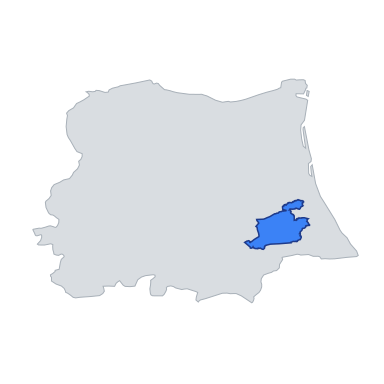 Nawa, Bas-Sassandra, Ivory Coast shown in context, rotated 266°
{"feature_id": "98640826B56207519899242", "entity_name": "Nawa", "entity_type": "district", "adm_level": 2, "iso_a3": "CIV", "parent_name": "Ivory Coast", "parent_adm1": "Bas-Sassandra", "projection": "equal_earth", "projection_center": [-6.491, 5.911], "detail": "fine", "context": "in_parent", "style": "filled", "palette": "blue", "viewbox_px": 384, "rotation_deg": 266, "n_neighbors": 0, "source": "geoboundaries", "source_scale": "gbopen_adm2", "svg_char_len": 8784}
<svg xmlns="http://www.w3.org/2000/svg" viewBox="0 0 384 384"><g transform="rotate(266 192 192)"><path d="M100.7,59.0L101.8,58.9L104.7,57.8L107.3,55.2L109.7,49.9L113.0,45.6L116.7,45.9L117.8,45.1L119.2,45.0L120.7,47.8L122.3,49.9L123.4,50.0L124.2,54.1L131.0,55.8L133.9,56.9L136.3,59.9L137.2,59.9L138.2,59.3L139.0,58.3L139.2,57.1L138.1,54.5L138.6,52.1L139.7,49.9L141.4,49.8L144.0,49.2L147.1,49.2L149.3,49.5L150.2,47.4L149.4,41.3L149.6,38.0L149.9,35.2L150.8,34.1L154.1,37.6L157.2,38.9L159.4,39.0L160.0,38.3L159.1,34.4L159.3,33.3L160.1,32.6L161.6,32.2L165.5,30.6L165.9,31.0L166.6,37.0L166.3,39.0L167.1,43.1L168.1,47.0L168.1,48.5L167.2,50.9L166.2,53.1L166.4,54.0L167.9,55.5L170.9,57.0L174.0,57.3L175.7,55.1L177.5,53.3L178.7,51.7L179.2,49.3L181.1,47.5L186.7,45.3L191.9,45.0L193.1,45.7L195.5,49.0L198.4,51.3L202.9,51.0L206.2,52.4L209.0,55.0L210.9,60.7L213.0,64.8L213.9,70.7L217.2,73.8L219.8,75.2L223.2,79.5L226.8,81.6L230.6,81.1L232.3,83.4L235.1,84.9L237.9,85.1L240.3,80.1L243.5,78.2L251.7,74.3L254.9,72.5L258.1,71.4L266.0,71.0L273.3,72.2L276.9,73.1L279.4,72.4L281.8,74.8L284.2,79.7L286.2,81.3L288.3,83.0L289.8,86.8L291.6,90.7L292.6,92.4L294.8,96.2L296.6,96.2L298.5,94.6L299.3,93.4L299.7,95.9L298.9,99.9L299.1,102.4L300.1,103.4L299.6,106.6L297.4,112.1L297.5,115.4L299.6,116.4L301.1,119.9L302.1,125.8L303.0,127.8L303.1,129.0L304.7,143.3L306.7,157.7L305.4,159.6L303.8,160.1L302.7,160.8L302.4,162.1L303.1,164.1L302.6,165.9L300.6,167.2L296.0,171.7L295.7,173.5L294.5,177.4L293.5,179.8L292.1,184.2L289.7,195.9L288.9,205.6L288.8,208.5L287.9,210.6L286.8,213.6L281.9,221.9L279.4,228.7L279.7,231.7L279.9,234.6L279.1,236.7L279.3,242.5L279.9,247.3L280.8,252.0L284.4,265.3L286.3,273.4L287.5,279.9L288.5,284.3L289.4,286.1L289.9,287.8L295.2,289.0L296.2,289.9L297.7,298.4L297.4,302.3L296.4,303.7L296.4,307.0L296.2,311.0L295.4,312.6L292.4,312.8L290.4,314.4L287.8,313.8L287.5,312.8L286.1,312.4L282.1,310.1L282.8,302.7L280.9,302.4L279.5,303.4L276.7,312.2L275.4,313.8L255.7,309.2L251.4,305.5L246.2,304.7L237.3,305.1L229.9,306.2L227.8,308.4L246.4,307.1L248.4,307.4L249.4,308.7L225.8,311.6L216.9,313.4L214.2,312.9L212.2,310.1L202.4,309.7L200.4,310.7L199.2,312.7L203.1,312.3L209.1,312.2L210.8,313.8L191.8,315.9L178.6,319.8L173.1,322.8L154.7,332.5L143.5,337.1L140.6,338.8L135.5,343.5L129.0,346.5L121.6,352.1L117.1,353.4L116.1,351.6L116.0,342.1L115.4,329.5L115.6,324.6L116.2,320.1L116.2,316.3L118.5,314.9L119.1,313.3L119.4,308.4L121.5,303.9L121.5,296.1L122.2,294.5L122.6,292.5L121.7,287.3L120.6,277.7L120.0,277.1L119.5,277.5L118.3,277.7L113.7,274.3L110.2,273.8L107.7,270.9L107.5,267.7L106.3,265.8L105.5,262.0L104.2,257.7L100.7,255.1L97.5,254.5L95.1,255.1L92.4,254.9L89.2,253.5L87.1,251.8L85.0,248.7L83.1,246.2L81.6,246.5L79.7,245.9L77.9,244.8L77.3,243.9L85.0,233.9L87.6,229.0L87.8,226.0L87.9,223.0L88.7,219.9L88.9,215.2L84.7,198.1L83.7,192.8L82.6,191.2L81.8,190.6L84.0,188.4L86.9,189.0L91.4,190.7L92.4,189.0L95.8,180.4L95.7,177.2L95.4,175.0L97.4,169.1L99.0,166.8L99.8,164.3L99.5,160.9L98.3,159.7L96.8,159.9L94.9,159.1L92.0,157.2L90.5,155.4L91.0,147.6L91.3,145.2L92.3,143.8L93.9,143.4L98.3,143.2L101.9,144.1L105.1,144.6L106.8,144.6L108.2,146.9L110.0,149.3L111.6,149.3L112.2,147.5L111.8,139.8L110.7,135.7L108.3,131.8L102.1,128.5L101.9,123.8L102.5,118.7L103.9,116.8L108.6,113.6L107.7,111.9L106.3,110.0L103.3,108.2L104.0,102.1L104.2,96.7L101.7,97.3L99.1,97.6L96.9,95.9L95.1,92.6L94.8,83.6L94.8,73.1L94.5,68.5L95.2,66.1L97.4,63.8L99.8,60.8L100.7,59.0ZM285.2,313.9L284.2,315.9L279.2,314.6L280.4,312.9L285.2,313.9Z" fill="#d9dde1" stroke="#a8b0b8" stroke-width="1"/><path d="M134.4,286.6L134.5,286.5L134.5,286.3L134.9,286.8L134.9,287.4L135.3,288.4L135.5,289.0L135.7,289.5L135.6,289.8L135.5,290.8L135.4,291.1L135.5,291.4L135.4,291.5L135.5,291.7L135.6,292.2L135.7,292.5L135.4,292.9L135.3,293.0L135.2,293.1L135.3,293.2L135.4,293.6L135.7,293.9L136.1,294.0L136.3,294.1L136.2,294.1L136.5,294.4L136.5,294.6L136.5,294.8L136.8,295.6L137.0,295.7L137.1,295.9L137.1,296.2L137.1,296.4L137.0,296.7L139.0,297.8L139.5,297.7L140.2,297.8L140.6,297.5L140.6,297.4L140.5,297.1L140.7,296.8L140.8,296.9L141.0,297.0L141.4,296.8L141.5,296.9L141.9,296.9L142.2,297.1L142.7,297.2L143.0,297.1L143.2,296.8L143.2,296.7L143.4,296.9L143.6,296.9L143.8,297.1L144.2,296.9L144.5,297.0L146.0,298.8L146.8,299.3L147.9,299.5L148.0,299.7L147.9,299.9L148.0,300.0L148.0,300.3L148.0,301.3L148.2,301.6L148.3,302.0L148.5,302.2L148.6,302.4L148.8,302.5L149.1,302.8L149.2,303.0L149.5,303.1L149.8,303.0L150.0,303.0L150.1,303.5L150.3,303.3L150.5,303.4L150.5,306.9L150.9,307.0L151.4,306.9L151.5,306.8L151.5,306.5L151.7,306.2L151.8,306.3L152.0,306.1L152.8,305.9L153.0,305.8L153.4,305.7L153.5,305.3L154.1,305.0L154.5,304.8L154.6,304.6L155.0,305.0L155.2,304.9L156.3,304.8L157.2,306.1L158.5,302.2L158.6,299.9L158.4,299.9L158.3,299.6L158.5,298.5L158.4,297.8L158.5,297.2L158.8,296.9L158.7,296.8L158.4,296.7L158.0,296.2L157.9,295.9L158.1,295.6L158.3,295.2L158.2,295.0L158.0,294.6L157.8,294.4L157.6,294.6L157.4,294.6L157.2,294.7L156.9,294.7L156.7,294.3L156.6,294.1L156.4,294.0L156.4,293.8L156.7,293.3L156.9,293.0L156.9,292.8L156.7,292.5L156.8,292.3L156.7,292.0L161.0,292.3L161.3,291.8L161.6,291.9L161.8,291.8L162.2,291.6L162.4,291.6L162.4,291.2L162.6,290.6L163.1,290.4L163.3,290.1L163.4,289.8L163.9,289.4L163.9,289.2L164.0,289.2L164.3,289.1L164.8,289.2L165.0,289.0L165.4,289.4L165.6,289.2L165.8,289.3L166.2,289.2L166.3,288.9L166.8,288.9L167.1,288.6L167.3,288.5L167.4,288.3L167.4,288.1L167.7,288.5L167.9,288.6L168.1,288.5L168.2,288.8L168.1,289.2L168.0,289.3L167.9,289.2L167.8,289.4L167.9,289.7L167.9,289.8L168.0,290.0L168.0,290.4L168.0,290.7L167.8,291.1L167.8,291.6L167.9,292.1L167.9,292.5L168.0,292.7L167.9,293.0L167.9,293.3L168.3,293.7L168.2,293.9L168.4,294.0L168.6,294.6L168.6,294.8L168.4,295.0L168.4,295.3L168.2,295.6L168.2,295.8L168.0,296.1L168.0,296.5L167.7,296.6L167.6,296.9L167.5,297.4L167.5,297.6L167.4,297.6L167.3,298.1L167.8,298.4L168.2,298.9L168.7,299.1L169.1,299.4L169.4,299.5L169.5,299.6L169.9,300.4L170.1,301.3L170.5,301.7L170.7,301.2L171.9,301.2L172.4,301.6L173.2,301.1L173.7,301.4L173.8,301.9L174.2,302.5L174.3,302.4L174.5,302.6L174.8,302.4L175.1,302.4L175.3,301.9L175.4,301.7L175.8,301.1L175.6,300.8L175.6,300.7L175.7,300.1L175.8,299.9L175.7,299.6L176.2,299.2L176.3,298.8L176.4,298.4L176.4,298.2L176.6,298.2L176.8,297.6L177.0,297.2L176.9,297.0L176.6,296.7L176.6,296.3L176.3,295.9L176.2,295.5L176.0,295.3L176.0,295.2L176.3,294.7L176.3,294.4L176.2,294.2L176.2,293.9L176.1,293.7L176.0,293.8L175.8,293.7L175.7,293.8L175.3,292.9L175.3,292.6L175.2,292.7L175.0,292.3L174.8,292.0L174.5,291.2L174.5,290.8L174.3,290.4L174.5,290.1L174.5,289.9L174.4,289.8L174.1,289.7L174.4,289.7L174.6,289.5L174.6,289.4L174.5,289.2L174.6,288.9L174.6,288.5L174.6,288.4L174.8,288.2L174.7,287.9L174.6,288.0L174.4,287.8L174.3,287.4L174.3,287.1L174.1,287.2L173.8,286.8L173.8,286.6L173.5,286.3L173.3,285.7L173.1,285.1L173.1,284.7L172.9,284.6L172.9,284.4L172.8,284.6L172.8,285.0L172.6,285.0L172.7,284.8L172.6,284.6L172.7,284.4L172.5,283.9L172.6,283.7L172.8,283.6L172.7,283.4L172.8,283.2L172.0,282.3L171.8,282.4L171.7,282.5L171.6,282.2L171.4,282.1L171.5,281.7L171.0,281.2L168.3,281.3L166.9,285.1L166.9,284.8L166.8,284.6L167.0,284.5L167.0,284.3L166.7,283.5L166.7,283.2L166.7,282.9L167.0,282.6L167.0,282.3L166.9,282.3L166.9,282.2L167.0,282.2L166.8,281.7L166.7,281.7L166.8,281.3L166.7,281.2L166.8,280.9L166.7,280.7L166.3,280.0L166.2,279.7L166.2,278.6L166.0,277.5L165.9,277.4L165.7,277.4L165.6,277.2L165.4,277.1L165.3,276.7L165.1,276.6L164.9,276.4L164.9,275.6L165.0,275.3L164.8,274.6L164.6,274.4L164.4,274.1L164.5,273.5L164.4,273.2L164.5,272.9L162.0,267.9L161.0,264.7L160.3,262.9L159.9,261.3L160.1,254.6L159.7,254.7L159.3,254.7L158.9,254.8L157.4,255.9L156.3,256.4L153.2,253.4L152.2,254.5L149.8,254.6L149.5,254.7L148.6,254.9L146.5,255.5L144.9,255.7L144.0,255.8L142.8,255.6L142.7,255.4L141.6,253.2L140.2,250.6L138.5,248.2L138.5,247.9L138.4,247.4L138.2,247.2L137.7,247.0L137.5,246.7L137.5,246.4L137.7,246.1L137.9,246.1L138.3,246.4L138.6,246.2L138.8,245.9L139.1,245.8L139.3,245.5L139.4,245.3L139.5,245.0L139.5,244.8L139.4,244.5L139.1,243.6L139.2,243.3L138.7,242.4L138.5,241.9L138.5,241.7L138.3,241.4L138.0,241.3L137.8,241.6L137.7,241.5L137.7,241.4L137.6,241.5L132.8,246.4L132.1,246.2L132.0,246.3L131.8,247.0L131.9,247.5L132.0,247.9L132.1,248.2L132.4,248.4L132.8,249.0L133.0,249.1L132.0,249.5L131.8,249.7L131.8,250.0L131.7,250.5L131.3,250.7L131.0,252.1L131.1,252.8L130.8,253.5L131.0,253.8L131.0,254.2L131.2,254.4L131.3,254.4L131.1,254.8L131.1,255.2L131.2,255.5L131.3,256.2L130.9,256.8L130.7,256.9L130.5,257.5L130.0,258.0L130.0,258.5L129.8,259.0L130.0,259.4L130.2,259.6L130.7,260.3L130.9,260.4L131.5,260.6L132.0,260.3L132.5,260.7L133.1,261.0L133.0,261.3L133.2,261.6L133.6,261.8L133.6,262.2L133.7,262.6L133.8,262.6L134.5,266.7L134.3,275.3L134.4,286.6Z" fill="#3b82f6" stroke="#1e3a8a" stroke-width="1.5"/></g></svg>